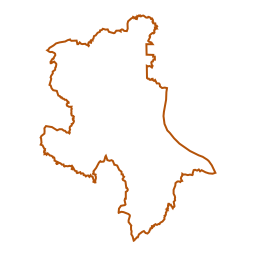 Mueang Mukdahan, Mukdahan, Thailand
{"feature_id": "78962969B66704164084877", "entity_name": "Mueang Mukdahan", "entity_type": "district", "adm_level": 2, "iso_a3": "THA", "parent_name": "Thailand", "parent_adm1": "Mukdahan", "projection": "mercator", "projection_center": [104.628, 16.533], "detail": "fine", "context": "isolated", "style": "outline", "palette": "amber", "viewbox_px": 256, "rotation_deg": 0, "n_neighbors": 0, "source": "geoboundaries", "source_scale": "gbopen_adm2", "svg_char_len": 5711}
<svg xmlns="http://www.w3.org/2000/svg" viewBox="0 0 256 256"><path d="M215.4,172.8L211.8,165.3L208.9,161.2L207.4,159.8L202.7,156.8L198.7,155.3L190.0,151.0L179.4,143.6L174.1,138.3L169.8,132.9L167.3,130.4L164.5,123.9L163.5,116.1L163.9,111.9L166.1,99.7L166.4,92.1L167.0,88.1L164.8,87.6L162.1,88.0L160.0,86.4L159.7,84.4L158.9,83.4L156.8,83.4L155.1,80.0L154.1,80.9L152.9,80.1L152.6,78.8L151.8,78.9L150.9,79.9L149.9,79.4L149.5,79.6L148.7,78.6L147.8,78.7L147.0,78.0L146.8,65.8L148.0,66.4L149.3,66.0L150.5,66.4L151.9,67.5L152.6,65.9L151.7,64.7L151.3,62.6L151.7,61.7L152.8,61.5L153.5,59.5L154.9,59.6L154.8,56.7L153.1,56.7L153.3,54.9L146.6,54.7L146.4,44.2L152.6,44.2L151.4,42.5L149.0,41.7L148.2,40.9L150.0,37.3L150.1,36.7L149.5,36.0L150.1,34.9L152.4,33.0L153.6,33.4L154.2,32.9L154.5,32.2L154.2,31.9L154.2,30.1L154.9,29.7L154.9,28.6L155.4,29.1L156.0,28.8L155.9,28.3L156.7,28.4L156.4,27.9L156.7,28.0L156.6,26.6L157.1,26.3L156.9,26.0L156.3,26.3L156.0,25.5L155.2,25.0L155.4,24.1L154.9,23.8L155.0,23.4L153.2,23.3L152.9,22.5L153.1,22.0L152.5,21.7L153.0,20.2L152.3,19.0L152.1,19.3L151.5,19.1L151.7,18.8L150.8,18.5L150.7,17.9L148.8,16.9L148.2,16.9L147.8,17.6L146.2,17.6L143.5,15.6L141.9,15.8L140.9,16.4L140.3,16.3L139.9,15.4L139.1,15.9L138.5,15.6L137.7,16.6L137.4,16.4L137.4,16.7L136.7,16.8L137.1,18.2L136.8,19.1L135.8,18.9L135.3,17.9L135.0,18.2L134.5,17.9L134.2,18.1L134.0,17.6L134.4,17.4L133.9,17.3L134.2,17.0L133.6,17.2L133.1,16.9L132.7,17.8L131.5,18.3L128.1,21.3L127.5,23.7L127.7,28.7L126.8,31.1L124.2,30.9L122.8,29.6L121.9,29.4L120.5,30.2L120.6,31.4L119.1,30.6L116.3,30.7L114.6,33.0L113.8,33.2L108.9,31.8L107.7,29.4L105.6,29.6L102.8,28.8L101.7,30.1L100.1,30.4L99.9,31.8L97.6,32.8L95.7,35.4L94.0,36.1L93.4,38.7L92.6,39.4L92.6,40.5L91.0,40.2L90.6,40.6L91.2,42.2L91.0,42.8L89.2,42.1L88.7,42.4L88.0,44.5L88.9,45.4L88.6,46.0L87.5,45.0L86.4,44.8L85.3,43.8L82.2,44.1L81.0,43.7L79.7,42.4L78.3,44.1L77.4,44.1L76.6,40.6L71.5,40.8L70.0,40.0L69.9,39.5L67.6,40.2L65.2,41.5L59.6,42.4L56.1,43.4L53.5,45.5L49.5,47.9L48.2,49.8L47.3,50.3L49.4,51.8L50.5,52.1L52.0,51.9L54.2,52.9L55.1,53.7L55.3,55.2L53.6,57.9L53.7,58.5L52.9,59.1L52.4,59.0L51.3,60.6L51.5,61.3L50.5,62.0L50.7,63.2L51.2,63.2L54.2,61.6L56.2,63.7L56.3,64.7L55.8,67.1L55.3,67.5L55.1,69.8L52.7,71.6L52.8,73.4L51.1,75.9L50.6,77.5L51.2,78.5L51.1,79.5L49.5,84.9L50.7,85.5L51.6,88.3L53.2,90.2L56.8,90.9L58.3,95.5L60.1,96.3L60.4,97.1L61.3,97.2L61.3,97.7L62.1,97.8L62.5,98.6L63.9,98.8L64.6,99.7L66.2,99.8L67.3,101.0L67.5,101.9L67.9,101.6L68.5,102.0L68.7,102.8L67.6,103.2L66.7,104.2L66.9,105.6L69.0,106.8L71.5,106.7L71.2,107.6L71.8,108.9L71.3,109.8L71.5,112.0L71.2,113.3L71.6,113.9L71.4,114.7L71.8,115.5L73.3,116.0L73.9,116.8L73.3,117.8L73.5,118.4L72.8,118.5L72.8,119.3L73.1,120.1L73.8,120.5L73.9,121.6L73.0,123.4L71.7,124.0L71.9,124.6L71.5,125.7L70.4,126.3L69.8,127.1L69.7,128.7L70.1,129.6L69.3,131.3L69.8,132.7L69.4,133.4L68.3,132.5L66.5,132.5L65.0,130.8L63.7,130.6L62.1,129.3L59.6,129.2L57.1,130.3L52.0,127.1L46.0,126.1L44.4,128.3L44.6,131.1L44.4,133.6L41.4,136.0L40.6,137.7L41.1,138.4L41.5,142.8L40.7,144.7L42.5,145.3L44.1,148.4L45.1,149.0L44.8,149.9L45.0,150.6L44.3,150.6L44.0,152.1L44.6,152.9L44.5,153.9L45.1,153.6L45.1,154.2L45.9,154.2L46.1,153.7L47.2,153.4L47.1,154.4L47.7,154.0L48.5,154.1L49.9,155.5L50.7,155.5L52.8,156.6L52.9,157.5L54.2,157.6L54.6,159.3L54.5,160.6L57.2,161.8L56.3,163.3L56.7,164.0L57.5,163.9L58.5,162.5L60.6,163.4L62.0,164.7L63.5,164.5L64.1,166.3L64.5,166.5L65.8,166.0L67.9,166.3L69.3,165.8L70.4,166.2L71.9,165.7L72.5,166.6L71.7,169.0L72.3,169.3L73.5,168.2L74.7,170.6L76.7,171.3L76.6,172.6L77.1,173.1L80.3,172.2L81.0,173.7L82.8,173.3L83.5,173.8L83.7,175.1L85.0,175.3L85.9,176.4L86.9,175.6L88.3,175.5L89.3,176.8L90.5,175.2L91.1,176.4L92.5,176.5L93.8,180.7L94.9,181.0L94.6,181.5L93.8,181.4L93.5,181.8L94.9,182.5L95.4,182.4L95.2,181.0L95.9,178.2L95.8,176.6L95.3,175.6L95.6,174.6L93.0,173.8L93.8,172.1L93.5,171.3L96.1,168.0L99.0,162.5L100.3,161.2L101.0,161.8L103.6,161.6L104.3,160.5L105.4,156.5L105.9,155.8L107.4,160.1L109.5,160.8L111.5,160.2L112.8,160.9L114.4,164.8L114.9,164.7L117.2,165.6L119.2,169.9L121.5,171.7L121.6,174.3L122.8,174.4L123.2,176.1L124.1,176.8L122.6,178.9L122.7,179.5L123.1,180.1L124.8,180.9L125.5,181.8L126.2,187.3L126.7,187.6L126.5,188.1L127.5,188.8L127.8,189.9L127.2,191.0L125.8,191.9L125.8,198.7L125.0,198.7L124.6,200.3L125.5,204.5L124.8,205.1L121.0,205.8L119.0,208.6L118.6,212.5L118.7,212.8L121.4,211.8L123.5,212.1L128.4,214.0L129.7,215.1L129.9,215.9L128.6,220.3L128.6,222.1L131.3,225.6L131.0,226.6L131.1,229.8L131.6,231.1L131.3,234.2L132.6,236.4L133.7,240.6L134.5,240.2L134.9,239.3L136.2,238.3L136.7,237.4L137.8,237.3L138.9,234.4L142.3,231.8L143.9,231.1L145.6,233.0L147.5,233.5L149.2,231.8L149.7,230.1L150.3,229.7L150.4,228.6L150.9,228.6L151.2,228.0L151.9,228.0L151.9,227.5L152.2,227.8L153.2,226.5L152.9,226.1L153.4,226.1L153.2,225.8L154.1,225.1L154.4,225.3L155.4,224.2L156.9,224.9L158.7,223.9L159.5,224.1L160.3,222.7L162.5,221.5L164.5,219.1L164.3,217.5L165.0,216.3L164.6,215.7L165.8,214.8L165.9,212.5L166.4,212.0L166.8,210.2L167.3,210.2L166.9,209.7L167.7,209.4L167.8,208.9L167.4,208.8L167.8,208.6L167.4,208.0L168.2,206.5L168.0,205.5L168.4,203.8L169.1,203.8L169.8,204.8L170.8,204.7L171.6,206.5L172.6,206.7L172.5,207.9L172.8,208.3L173.4,206.9L174.1,206.9L174.5,206.2L173.7,201.9L175.1,200.3L174.8,198.9L175.1,197.6L174.8,196.1L173.6,193.7L173.6,189.8L175.3,185.6L175.5,183.1L177.4,181.5L179.0,181.4L180.3,182.0L180.8,181.2L182.1,180.9L180.9,178.7L181.2,177.1L182.1,175.9L182.3,173.8L183.6,174.7L185.0,174.4L187.9,175.1L190.0,174.6L192.2,175.1L192.7,174.7L192.7,173.2L193.7,170.1L195.1,169.8L197.1,170.6L198.8,169.5L200.1,171.3L201.6,170.2L205.6,172.3L209.0,173.4L212.6,173.7L215.4,172.8Z" fill="none" stroke="#b45309" stroke-width="2"/></svg>